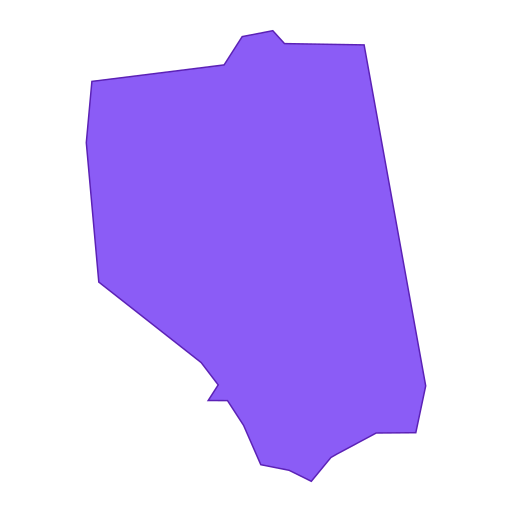 the district of Grant, Kentucky, United States of America
{"feature_id": "52423323B20105286967567", "entity_name": "Grant", "entity_type": "district", "adm_level": 2, "iso_a3": "USA", "parent_name": "United States of America", "parent_adm1": "Kentucky", "projection": "natural_earth1", "projection_center": [-84.627, 38.638], "detail": "fine", "context": "isolated", "style": "filled", "palette": "violet", "viewbox_px": 512, "rotation_deg": 0, "n_neighbors": 0, "source": "geoboundaries", "source_scale": "gbopen_adm2", "svg_char_len": 386}
<svg xmlns="http://www.w3.org/2000/svg" viewBox="0 0 512 512"><path d="M224.1,64.9L91.9,81.4L86.3,142.7L98.8,282.1L201.2,362.6L218.2,384.9L208.2,400.5L227.5,400.6L243.6,425.4L260.8,464.7L289.1,470.3L311.3,481.3L330.9,457.5L336.8,454.1L376.2,433.0L415.8,432.7L425.7,385.9L364.1,44.9L284.5,43.6L272.8,30.7L242.2,36.6L224.1,64.9Z" fill="#8b5cf6" stroke="#5b21b6" stroke-width="1.5"/></svg>